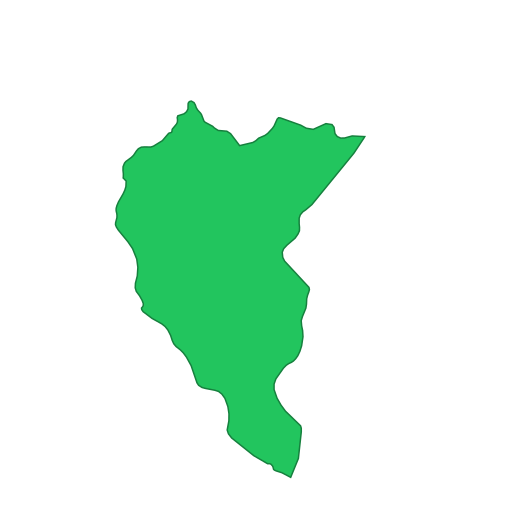 Anseba, Mercator projection, rotated 37°
{"feature_id": "ERI-1563", "entity_name": "Anseba", "entity_type": "Region", "adm_level": 1, "iso_a3": "ERI", "parent_name": "Eritrea", "parent_adm1": "", "projection": "mercator", "projection_center": [37.716, 16.542], "detail": "fine", "context": "isolated", "style": "filled", "palette": "green", "viewbox_px": 512, "rotation_deg": 37, "n_neighbors": 0, "source": "natural_earth", "source_scale": "10m", "svg_char_len": 2439}
<svg xmlns="http://www.w3.org/2000/svg" viewBox="0 0 512 512"><g transform="rotate(37 256 256)"><path d="M249.0,111.7L252.6,110.9L255.7,108.5L260.5,102.3L271.0,95.2L271.2,96.8L272.3,115.0L269.7,181.3L267.9,189.3L266.8,192.6L266.6,196.5L267.7,199.8L271.0,204.2L273.5,206.9L275.5,209.7L276.3,213.1L276.5,218.2L274.2,228.7L273.7,233.5L274.7,237.2L278.2,241.0L282.0,242.9L317.2,249.2L318.9,250.7L319.8,253.0L320.8,256.3L322.2,259.6L325.3,264.1L327.2,267.6L329.5,276.3L331.0,280.4L334.5,284.3L338.1,287.5L342.1,292.2L346.5,300.3L348.4,305.7L349.4,310.5L349.5,314.2L349.1,317.3L348.3,319.6L346.9,322.2L345.9,325.0L345.4,329.0L345.8,342.1L347.5,347.4L350.8,351.8L358.4,356.9L365.6,360.0L372.9,362.2L393.8,364.8L395.8,366.3L398.0,369.2L411.7,392.2L416.9,411.9L407.1,413.5L401.4,415.5L399.6,415.9L398.4,415.8L396.6,414.3L395.4,413.7L393.4,413.3L392.1,413.5L390.3,414.9L374.4,416.8L346.1,416.0L341.0,414.6L337.7,412.3L333.5,403.9L329.4,398.3L324.2,393.2L316.9,388.4L311.8,386.8L307.6,386.7L303.9,388.0L295.3,392.2L292.0,393.5L288.0,393.8L285.2,392.8L270.2,382.6L261.3,378.6L256.2,377.1L252.1,376.5L246.7,376.4L243.2,375.6L240.0,373.9L235.6,370.8L230.1,368.1L225.8,367.0L221.5,366.9L210.6,368.4L199.4,368.4L197.0,367.6L195.9,366.5L196.0,364.9L195.8,363.5L194.6,361.8L191.8,360.0L187.1,357.9L181.7,356.3L178.7,354.1L176.1,350.3L173.2,343.4L168.5,336.2L162.6,330.2L153.0,324.4L145.1,321.7L130.6,318.2L127.1,316.9L125.0,315.6L123.9,314.0L121.8,309.0L120.5,307.2L119.2,305.8L117.8,304.7L116.7,303.6L115.6,302.0L114.6,299.5L113.6,295.5L112.5,286.5L111.6,282.3L110.3,278.8L107.2,274.3L102.9,273.6L102.8,273.2L100.6,270.2L98.2,267.6L96.1,264.7L95.1,261.0L95.2,258.8L97.1,252.4L97.6,249.3L97.3,244.0L97.5,241.1L98.9,238.1L101.3,236.0L106.4,232.3L108.0,230.0L111.8,220.3L112.4,210.7L112.7,210.0L113.8,208.7L114.1,208.0L113.9,207.1L113.0,205.6L112.8,205.0L113.1,198.5L112.7,196.5L111.4,194.5L109.8,192.9L109.2,191.1L113.0,185.7L113.7,182.6L113.2,179.5L110.1,175.2L109.7,173.8L110.1,172.5L110.1,172.4L111.1,171.2L114.2,170.8L116.7,171.9L119.0,173.5L121.8,174.6L125.8,175.3L127.4,175.9L133.3,179.6L134.9,179.8L143.3,178.5L145.6,178.8L150.2,178.5L157.6,173.9L162.1,173.6L176.5,177.7L185.2,167.2L186.5,164.0L187.2,160.3L190.6,154.3L191.6,151.0L192.3,144.2L192.2,141.3L190.5,133.9L190.8,132.0L192.5,131.0L213.0,124.6L219.2,123.7L225.5,120.4L232.2,108.2L237.6,105.3L240.8,106.2L245.4,110.7L249.0,111.7Z" fill="#22c55e" stroke="#15803d" stroke-width="1.5"/></g></svg>